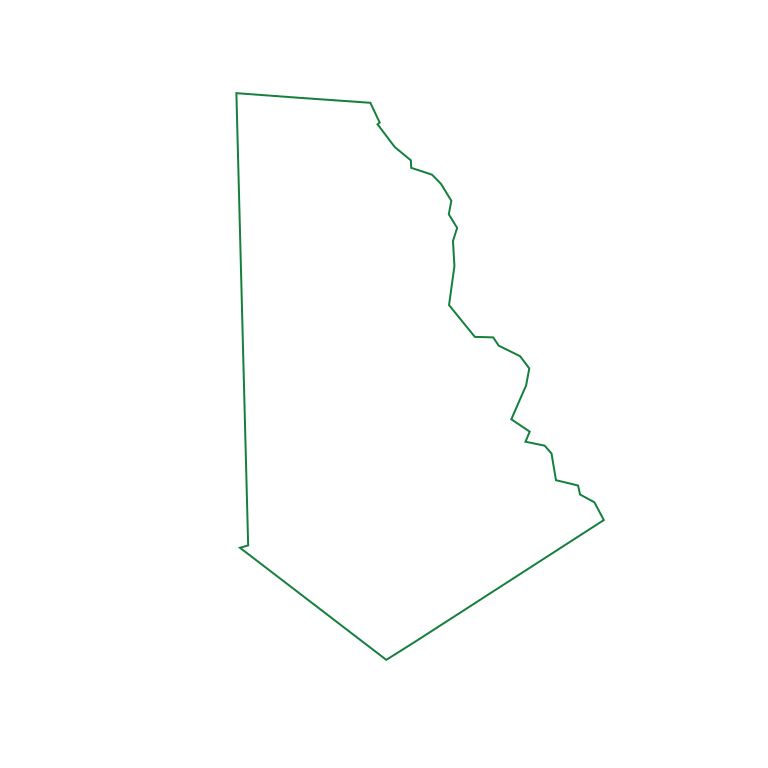 the district of Bee, Texas, United States of America, rotated 25°
{"feature_id": "52423323B86725714839987", "entity_name": "Bee", "entity_type": "district", "adm_level": 2, "iso_a3": "USA", "parent_name": "United States of America", "parent_adm1": "Texas", "projection": "robinson", "projection_center": [-97.679, 28.425], "detail": "fine", "context": "isolated", "style": "outline", "palette": "green", "viewbox_px": 768, "rotation_deg": 25, "n_neighbors": 0, "source": "geoboundaries", "source_scale": "gbopen_adm2", "svg_char_len": 621}
<svg xmlns="http://www.w3.org/2000/svg" viewBox="0 0 768 768"><g transform="rotate(25 384 384)"><path d="M188.0,159.8L127.3,182.8L329.1,587.7L322.7,593.3L502.0,632.9L502.6,633.1L521.7,603.5L640.7,414.4L624.7,402.3L608.4,401.3L602.8,394.0L580.5,398.5L565.2,376.2L555.7,372.0L536.6,376.5L536.2,365.6L514.3,362.2L513.4,325.2L509.1,308.5L495.6,301.3L471.8,300.8L463.3,295.6L446.4,302.9L409.6,285.0L398.0,247.4L386.1,225.3L384.3,211.6L371.0,202.8L367.6,189.5L351.0,178.5L339.0,174.0L317.3,176.6L313.9,170.0L293.6,164.7L268.4,151.4L269.6,148.9L252.8,134.9L188.0,159.8Z" fill="none" stroke="#15803d" stroke-width="2"/></g></svg>